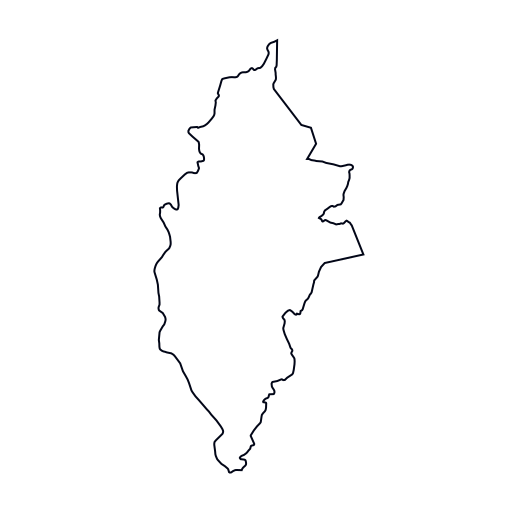 outline of San Antonio, Intibucá, Honduras, rotated 349°
{"feature_id": "27666195B78525968217176", "entity_name": "San Antonio", "entity_type": "district", "adm_level": 2, "iso_a3": "HND", "parent_name": "Honduras", "parent_adm1": "Intibucá", "projection": "robinson", "projection_center": [-88.465, 13.939], "detail": "fine", "context": "isolated", "style": "outline", "palette": "ink", "viewbox_px": 512, "rotation_deg": 349, "n_neighbors": 0, "source": "geoboundaries", "source_scale": "gbopen_adm2", "svg_char_len": 6094}
<svg xmlns="http://www.w3.org/2000/svg" viewBox="0 0 512 512"><g transform="rotate(349 256 256)"><path d="M317.9,48.3L314.8,49.2L311.7,49.6L310.8,49.8L309.3,50.6L307.7,52.1L306.9,53.2L306.5,54.4L306.6,55.7L307.1,57.3L307.3,58.3L307.1,59.5L306.7,60.5L303.9,64.3L300.4,68.8L298.2,70.9L296.4,72.0L295.6,72.2L294.3,72.0L293.3,72.1L292.5,72.4L291.1,73.1L290.3,73.2L289.7,73.1L289.3,72.7L288.7,71.6L288.3,71.1L287.8,70.8L287.2,70.8L286.1,71.3L284.5,72.8L283.0,73.5L281.2,73.7L277.7,73.1L276.8,73.2L275.6,73.5L274.1,74.4L272.4,76.1L271.3,76.6L269.5,76.6L266.4,75.8L264.1,75.5L258.9,75.6L257.0,75.8L256.4,76.1L255.4,77.7L253.3,81.9L249.8,88.4L249.6,88.9L249.7,89.5L250.2,91.0L250.1,91.8L249.5,92.5L247.6,93.8L245.9,95.6L245.8,97.7L244.9,100.5L243.2,104.5L242.5,108.1L241.9,109.5L241.0,110.7L238.7,112.8L234.8,115.9L232.9,117.1L230.7,118.1L228.9,118.6L225.8,118.7L223.7,119.1L223.3,118.9L223.1,118.3L222.8,118.1L216.6,117.4L215.8,117.8L214.7,118.7L213.5,120.3L213.3,121.6L213.6,122.7L216.4,126.6L221.1,132.6L221.5,133.3L221.4,136.0L220.5,139.9L220.4,142.1L220.6,143.3L221.1,144.5L221.6,145.2L222.9,146.0L223.5,147.2L223.7,148.4L223.7,149.6L223.5,151.1L223.1,152.1L222.6,152.5L221.4,152.6L220.0,152.7L218.0,152.3L217.3,152.4L216.6,152.7L216.4,153.2L216.5,154.3L216.5,156.5L216.8,158.6L216.7,159.2L215.2,161.5L213.7,163.1L212.8,163.2L211.7,163.0L210.8,162.7L209.2,161.8L208.0,161.5L205.8,161.1L204.2,161.2L201.8,162.3L197.2,165.2L194.7,166.9L193.5,168.2L192.7,169.4L192.1,171.1L191.6,172.9L191.0,176.7L189.8,191.2L188.9,193.8L188.0,195.1L187.3,195.3L186.6,195.2L185.7,194.7L184.7,193.8L183.8,192.8L183.0,191.7L182.3,189.5L181.9,188.8L181.2,187.9L180.5,187.6L178.6,187.6L176.7,188.0L175.4,188.7L174.6,190.0L174.0,190.5L173.4,190.6L172.6,190.3L172.1,190.2L171.5,190.4L170.8,190.8L170.6,193.0L170.2,194.9L169.4,197.2L169.4,198.9L169.8,200.8L171.7,205.5L172.7,209.8L174.1,213.2L174.8,215.9L175.1,218.3L175.3,220.7L174.9,225.9L174.6,227.6L174.3,228.6L173.7,229.8L172.4,231.7L171.5,232.4L169.6,233.5L167.8,234.7L165.1,237.3L163.5,239.1L158.7,242.8L157.5,243.9L156.4,245.2L155.3,246.9L154.2,249.0L153.6,250.5L153.3,251.7L153.3,252.8L154.1,260.3L154.2,265.5L153.2,273.6L153.2,277.3L152.4,283.5L152.0,285.4L151.0,287.0L150.5,288.0L150.3,289.0L150.3,290.1L150.4,290.7L150.6,291.1L153.6,294.2L155.1,298.4L155.2,299.5L155.2,300.7L155.0,301.6L154.5,302.8L153.0,305.5L152.3,306.2L151.1,307.2L147.7,311.1L146.8,312.4L144.6,319.9L144.4,323.3L143.9,326.4L143.8,328.0L143.9,328.9L144.2,329.5L145.5,331.0L146.9,332.0L148.5,332.7L150.0,333.6L154.3,335.4L156.2,337.2L157.3,339.0L161.1,346.9L162.3,355.2L164.2,360.7L165.3,364.2L166.0,367.9L167.0,375.7L167.7,377.6L169.8,382.2L172.4,386.5L178.5,397.2L180.1,399.7L181.8,403.2L185.8,409.9L188.9,416.5L189.9,419.2L190.3,421.0L190.3,421.8L190.0,422.8L189.3,424.0L188.8,424.4L181.7,429.1L180.3,430.2L179.8,430.7L179.3,432.0L179.0,433.4L178.6,439.9L178.3,442.8L178.4,444.6L178.8,446.5L179.1,447.9L179.7,449.1L182.4,453.5L185.3,456.3L187.6,459.2L188.0,460.0L188.3,463.0L189.0,463.6L190.3,463.7L192.6,462.7L194.8,462.2L196.3,462.4L201.1,463.5L201.8,462.4L202.8,461.4L204.0,460.6L205.4,459.8L206.3,458.9L206.6,458.2L206.8,456.7L206.8,455.3L206.6,454.4L206.1,453.9L205.3,453.5L202.2,452.5L201.7,451.5L201.6,451.2L201.7,450.8L202.4,450.2L203.6,449.5L206.4,448.9L208.9,447.7L210.0,446.9L211.7,445.4L213.5,444.1L214.5,442.0L214.9,441.5L215.5,441.3L217.6,441.2L218.1,440.8L218.4,440.2L218.3,439.5L216.9,433.4L216.5,431.7L216.6,431.1L220.6,426.8L224.5,423.4L227.9,421.0L228.8,420.2L229.2,419.3L230.9,414.4L231.5,413.0L233.0,411.6L235.1,410.1L236.1,408.9L236.9,406.9L237.9,402.6L237.8,402.0L237.5,401.7L235.3,400.9L235.2,400.4L235.6,399.8L236.5,398.9L237.6,398.2L238.6,397.8L240.1,397.6L241.0,397.2L241.5,396.6L242.2,395.0L242.7,394.3L246.7,394.9L247.2,394.8L247.5,394.5L248.1,393.4L248.3,392.1L248.0,390.7L247.0,388.3L246.7,387.2L246.9,384.4L247.6,383.2L248.2,382.8L253.0,382.8L257.4,381.9L257.9,382.0L259.0,383.0L260.6,383.2L263.4,381.4L268.8,379.2L269.5,378.6L270.0,378.0L271.3,375.0L273.1,369.7L273.8,366.9L274.1,364.7L274.1,363.8L273.8,362.9L272.3,359.5L272.0,358.5L272.3,357.6L273.6,356.0L273.6,355.0L273.3,354.1L272.6,353.3L272.3,352.2L271.8,348.5L270.4,343.2L269.3,338.1L268.9,334.1L268.9,332.9L269.0,332.0L271.2,327.6L271.8,325.5L271.7,323.9L270.8,322.5L270.5,321.5L270.4,320.7L270.7,320.3L273.8,317.6L274.9,316.9L276.9,315.8L278.7,315.5L279.2,315.7L280.5,317.0L281.5,318.3L282.6,320.1L283.5,321.0L284.1,321.2L284.6,321.2L285.0,320.9L285.1,320.5L285.2,320.4L286.2,321.0L287.3,321.4L287.8,321.4L288.2,321.2L288.6,320.6L289.3,318.5L290.9,318.0L291.7,317.1L294.6,311.6L295.7,309.9L296.5,309.2L298.4,308.1L299.0,307.6L299.7,306.8L301.6,304.1L302.7,303.4L303.7,302.2L307.0,294.7L308.0,292.8L308.2,291.8L308.5,291.1L312.5,288.0L313.2,286.9L314.8,283.4L317.8,279.2L322.1,276.0L361.7,275.0L355.8,244.1L355.4,243.5L354.7,241.7L354.4,241.1L353.5,240.5L352.2,239.0L351.6,238.6L350.5,239.1L348.7,240.4L347.8,240.8L347.3,240.8L346.5,240.4L345.5,240.2L344.3,240.5L342.8,240.3L340.7,240.3L338.2,238.6L335.4,237.4L332.2,234.7L331.2,234.0L330.8,233.9L330.1,234.1L328.6,234.8L327.9,234.8L327.5,234.2L327.3,233.0L326.9,232.2L325.0,230.7L325.2,230.4L325.9,229.9L328.0,229.2L330.0,228.0L330.7,227.2L331.1,226.0L331.6,225.3L332.4,224.4L335.2,223.2L337.8,221.9L339.2,221.4L340.3,221.4L340.9,221.6L341.7,222.4L343.0,222.5L343.6,222.4L345.7,221.4L349.0,221.5L349.9,220.8L352.6,217.7L353.3,215.1L353.5,212.7L353.9,211.6L355.3,209.2L357.6,206.6L358.9,204.8L360.0,202.8L360.7,200.9L361.7,199.4L362.5,197.9L362.8,197.1L363.3,194.5L363.5,192.9L363.4,191.7L363.7,190.7L364.2,190.0L364.9,189.5L366.8,189.1L367.4,188.7L368.0,187.8L368.2,186.6L367.9,185.9L367.1,185.0L366.2,184.5L365.0,184.1L363.4,183.9L361.3,184.1L357.4,184.2L356.4,184.1L355.5,183.9L349.5,180.8L342.6,178.0L339.2,175.9L333.4,174.3L332.0,173.6L328.6,172.4L326.5,170.9L324.7,170.5L336.4,157.3L334.4,140.6L325.5,136.0L305.4,95.5L305.3,93.6L305.7,90.9L306.2,89.9L308.9,86.9L309.3,86.1L309.6,84.9L309.8,83.3L309.9,81.7L310.2,80.0L310.3,76.4L310.8,75.0L312.0,74.1L312.6,72.8L313.8,67.8L317.9,48.3Z" fill="none" stroke="#020617" stroke-width="2"/></g></svg>